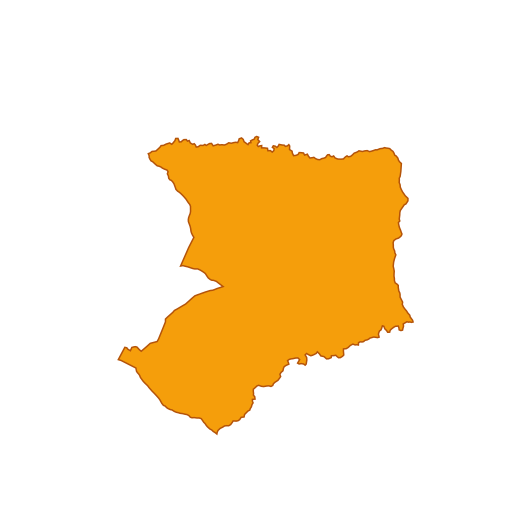 the district of Caarapó, Mato Grosso do Sul, Brazil, rotated 144°
{"feature_id": "56859067B43727288839487", "entity_name": "Caarapó", "entity_type": "district", "adm_level": 2, "iso_a3": "BRA", "parent_name": "Brazil", "parent_adm1": "Mato Grosso do Sul", "projection": "albers", "projection_center": [-54.806, -22.627], "detail": "fine", "context": "isolated", "style": "filled", "palette": "amber", "viewbox_px": 512, "rotation_deg": 144, "n_neighbors": 0, "source": "geoboundaries", "source_scale": "gbopen_adm2", "svg_char_len": 6141}
<svg xmlns="http://www.w3.org/2000/svg" viewBox="0 0 512 512"><g transform="rotate(144 256 256)"><path d="M283.5,399.9L284.5,398.6L284.9,396.5L285.0,394.6L284.2,393.1L283.4,389.0L282.9,387.0L281.8,385.8L280.7,384.1L280.1,382.2L279.0,380.1L277.5,377.9L277.6,375.8L279.4,374.6L279.8,372.3L280.9,370.2L280.9,368.3L280.1,367.0L279.8,365.2L279.9,362.7L281.0,358.8L281.6,357.0L281.3,354.6L280.5,352.4L280.1,350.6L279.7,348.3L279.4,345.8L279.2,343.0L279.4,339.0L279.3,336.6L279.8,334.7L282.7,330.6L284.2,329.1L285.8,328.1L288.0,326.6L289.4,325.2L290.5,323.5L291.8,318.8L292.8,316.5L294.0,314.3L294.6,312.7L295.1,310.2L295.3,307.6L305.5,302.4L322.9,292.2L320.8,291.2L319.1,289.1L317.6,287.4L314.4,282.9L313.2,281.6L310.8,279.9L309.3,277.2L308.4,275.0L307.8,273.4L307.3,271.6L307.5,268.0L307.5,266.2L306.8,263.8L306.0,262.4L304.6,261.2L303.0,258.8L300.6,250.6L306.8,252.6L309.3,253.2L311.1,253.7L313.4,255.0L318.1,256.6L325.9,258.9L328.9,259.7L332.9,259.4L341.2,258.5L343.9,258.8L351.2,259.5L354.0,259.9L356.4,259.3L363.5,258.6L366.3,258.2L368.0,255.9L374.0,252.1L383.5,246.2L386.2,244.9L392.9,247.5L397.6,247.0L404.8,246.4L405.4,248.5L405.8,252.2L406.7,253.4L408.1,254.2L410.2,255.0L413.3,253.2L414.5,256.0L414.5,257.7L415.8,259.2L428.3,253.1L426.5,250.7L419.0,236.0L420.4,233.0L420.5,231.3L420.3,229.7L420.3,228.0L420.9,225.6L420.9,223.4L420.9,220.9L420.6,218.5L419.9,214.7L419.9,212.4L419.5,207.9L419.0,204.7L418.6,201.4L418.3,198.2L418.3,196.1L418.8,192.3L418.7,189.6L417.7,188.0L417.4,185.8L416.8,184.2L415.6,182.1L414.4,180.8L413.5,178.4L412.3,176.4L410.9,174.8L409.8,173.3L408.0,171.6L406.4,169.7L404.9,168.1L404.0,166.0L403.9,164.2L402.9,162.8L401.0,161.6L398.8,159.5L397.2,158.4L395.9,156.6L395.9,154.8L396.0,152.2L395.7,150.3L395.8,148.4L395.7,146.5L395.0,143.1L394.1,141.4L393.7,139.1L392.9,137.2L392.3,135.0L391.0,136.2L389.3,137.2L386.3,137.6L383.5,137.1L381.3,137.0L379.7,136.1L377.8,134.7L375.6,134.5L373.1,135.3L371.4,136.0L369.1,134.1L367.4,133.3L365.5,133.2L362.8,134.2L360.3,132.8L358.4,134.5L353.6,135.3L351.6,135.0L350.4,135.9L348.4,136.7L346.5,138.2L344.7,138.9L344.3,140.5L343.2,142.1L340.9,140.8L339.7,143.0L339.9,144.9L338.8,146.2L337.6,148.3L336.4,149.8L334.8,149.9L331.5,150.3L329.8,149.8L328.3,147.5L326.6,145.9L323.7,144.5L321.9,143.4L320.6,141.7L318.6,141.4L317.0,142.4L315.0,142.7L311.4,142.5L309.4,143.1L306.9,144.0L306.2,146.3L304.1,147.1L301.7,147.3L299.7,149.1L298.2,149.9L295.9,149.8L293.0,149.2L292.4,150.9L292.0,152.8L289.9,152.8L288.2,152.2L286.4,151.2L284.0,150.2L282.0,148.9L281.6,146.5L285.3,144.9L284.6,143.3L282.7,142.4L281.0,140.7L280.4,138.8L278.9,139.1L276.0,142.0L274.7,144.1L274.4,147.1L272.4,147.4L271.5,145.3L270.3,143.1L268.6,142.5L266.6,142.1L264.6,141.8L262.7,142.4L262.2,139.6L262.3,137.1L260.1,134.6L259.4,131.3L257.7,130.2L254.9,129.6L253.6,131.0L251.5,129.6L249.8,128.8L249.5,127.0L249.0,125.2L247.5,124.2L245.0,124.0L243.2,124.3L241.1,127.8L239.8,129.4L237.5,128.0L235.1,127.8L232.4,128.2L229.4,127.8L228.1,125.8L226.5,124.9L225.5,123.8L224.0,125.6L222.3,125.4L220.7,124.1L219.3,123.5L217.4,123.7L215.3,122.8L213.5,122.5L212.0,122.6L208.3,121.2L205.6,118.5L204.1,118.0L202.9,120.8L201.6,121.9L200.0,122.8L198.5,122.7L197.1,123.5L194.8,125.2L193.9,124.0L194.6,121.4L194.2,119.1L194.3,116.9L192.6,115.8L191.2,117.0L189.5,117.3L186.6,117.4L184.6,117.2L182.1,115.7L182.6,113.9L183.6,112.1L182.6,110.5L181.0,109.9L179.8,111.0L177.9,112.5L176.8,114.5L172.6,114.1L171.6,112.9L170.2,112.1L169.2,110.9L167.7,110.3L167.1,112.0L167.1,116.1L166.4,117.7L166.7,120.7L166.5,123.2L166.7,125.2L166.7,128.0L166.1,130.9L164.5,132.5L163.6,138.0L161.9,140.5L161.3,141.9L161.1,143.6L159.3,147.1L158.2,148.6L158.4,150.2L159.2,152.5L158.5,154.7L157.3,156.4L156.2,158.6L154.6,160.7L153.1,162.5L151.9,165.0L151.0,167.1L148.2,170.2L146.4,171.7L145.0,172.8L142.2,174.7L141.8,177.0L140.9,178.5L140.5,180.6L139.8,182.3L138.5,184.1L137.3,186.1L135.4,187.5L132.7,187.5L130.2,186.7L128.5,186.7L126.5,187.0L125.0,188.0L124.6,189.7L123.9,191.9L123.4,194.1L122.8,195.9L122.0,197.7L121.1,199.4L119.1,199.8L118.4,201.7L116.9,203.3L115.6,204.7L114.2,206.5L112.5,208.0L105.9,210.3L104.1,210.0L100.7,211.3L99.2,213.3L99.9,217.2L99.8,219.2L99.8,221.5L99.4,224.2L98.8,226.9L97.6,228.9L96.9,231.4L95.6,232.9L94.4,234.7L92.6,235.7L89.2,239.2L84.0,245.4L84.5,247.8L84.4,249.9L83.7,251.8L83.8,254.5L84.5,255.9L83.9,258.2L83.7,260.1L84.4,262.3L84.7,264.3L85.8,265.5L87.3,266.9L88.3,268.1L90.2,268.6L92.5,269.9L95.6,270.7L97.0,271.7L99.4,272.4L101.4,273.1L102.9,273.8L104.1,275.9L106.2,277.1L108.5,278.0L110.9,280.6L112.4,280.6L114.0,280.9L116.1,281.5L118.6,281.1L120.9,281.0L123.0,282.0L123.5,283.5L125.0,283.6L126.6,283.5L128.1,283.1L130.2,284.3L132.8,286.3L134.4,288.8L134.4,291.3L136.2,291.6L137.2,293.1L137.2,295.0L138.6,295.8L140.3,295.4L141.8,294.8L143.7,295.3L145.4,296.1L147.8,296.4L149.4,297.8L150.6,299.8L151.2,301.8L152.6,302.4L154.8,303.6L154.9,306.1L154.6,308.2L157.4,309.1L157.0,311.4L159.0,313.3L160.3,314.3L162.2,313.4L164.5,313.9L166.6,315.1L166.1,317.9L165.2,319.6L166.3,322.4L164.1,325.2L164.0,326.8L165.8,326.6L167.8,327.4L168.0,329.0L169.7,330.5L171.7,332.7L173.5,331.8L175.3,331.5L175.8,333.4L177.2,335.0L178.9,334.3L178.2,332.2L179.6,330.8L181.8,330.5L182.4,332.8L184.5,334.2L183.4,336.4L185.4,338.3L187.9,340.2L186.5,342.0L188.3,342.9L189.8,343.2L189.9,344.9L188.2,346.0L185.8,346.4L186.1,349.2L184.1,350.5L185.2,352.3L187.1,352.6L188.7,351.6L190.8,352.1L192.8,352.3L193.5,350.7L195.1,351.6L197.0,350.8L198.5,355.5L197.8,357.8L198.3,360.0L200.7,360.7L202.3,359.5L204.2,358.5L205.5,359.9L207.5,360.9L209.7,361.7L211.5,363.6L214.4,363.8L216.4,364.4L218.2,366.1L220.2,367.2L221.1,368.8L223.2,369.3L225.9,370.3L225.8,373.2L227.5,374.3L231.3,374.7L231.8,376.3L233.8,376.5L236.0,378.3L238.7,378.4L240.3,379.3L239.8,381.4L240.0,383.2L241.5,383.5L242.7,386.0L242.2,388.7L243.9,389.2L244.0,391.2L245.9,392.5L247.8,392.6L249.3,392.3L251.0,393.3L250.4,395.3L250.0,397.0L251.9,398.3L253.7,397.0L256.6,396.2L258.5,395.9L259.4,398.2L263.0,399.4L265.7,399.8L267.9,401.1L269.6,400.5L271.6,400.2L275.2,399.8L276.8,400.6L278.6,401.7L281.0,401.6L283.0,402.1L283.5,399.9Z" fill="#f59e0b" stroke="#b45309" stroke-width="1.5"/></g></svg>